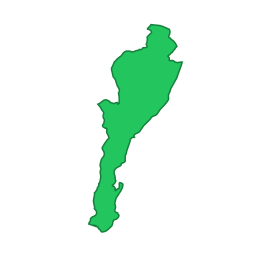 an SVG outline of Cesar, rotated 15°
{"feature_id": "COL-1414", "entity_name": "Cesar", "entity_type": "Department", "adm_level": 1, "iso_a3": "COL", "parent_name": "Colombia", "parent_adm1": "", "projection": "natural_earth1", "projection_center": [-73.578, 9.272], "detail": "fine", "context": "isolated", "style": "filled", "palette": "green", "viewbox_px": 256, "rotation_deg": 15, "n_neighbors": 0, "source": "natural_earth", "source_scale": "10m", "svg_char_len": 4782}
<svg xmlns="http://www.w3.org/2000/svg" viewBox="0 0 256 256"><g transform="rotate(15 128 128)"><path d="M163.3,50.3L163.2,51.3L163.3,52.6L162.1,67.3L159.1,79.1L159.1,81.8L158.6,84.4L158.6,85.8L159.0,87.5L159.5,88.7L159.7,90.0L159.3,91.7L157.4,96.0L154.3,101.7L152.8,106.2L152.2,107.5L151.3,108.6L149.0,110.3L148.1,111.2L147.0,114.1L142.4,122.0L140.4,127.8L139.7,129.1L138.7,130.2L136.5,131.9L135.8,133.2L135.8,134.7L136.6,135.3L137.4,135.2L134.8,135.9L134.3,136.2L133.2,138.5L133.4,141.0L132.7,150.3L132.9,153.0L132.9,153.5L132.5,155.4L133.3,158.7L133.8,160.3L133.8,161.0L133.5,161.7L132.7,162.6L131.2,163.6L130.9,164.0L130.7,164.5L130.9,165.1L130.9,165.6L130.7,166.1L130.1,166.8L128.0,168.7L127.2,169.6L126.8,170.2L126.4,170.9L126.1,171.7L125.9,172.6L125.9,173.4L125.9,174.0L126.5,175.6L128.1,178.4L129.2,181.4L129.6,181.6L130.0,182.5L129.3,185.3L127.9,187.2L127.8,187.6L128.0,188.0L128.3,188.0L129.3,188.1L129.7,188.2L130.1,188.5L130.4,188.9L131.3,189.6L131.5,191.1L131.7,191.5L132.1,191.8L132.4,191.5L132.9,190.5L133.2,190.0L135.0,188.4L134.6,185.9L134.5,185.6L134.1,184.8L133.9,183.7L133.9,183.4L134.2,182.9L134.7,182.8L135.5,182.9L136.8,183.1L137.5,183.6L137.8,184.0L138.0,187.0L137.2,191.2L136.3,193.5L135.8,195.5L135.2,196.9L134.8,198.2L134.6,199.7L134.8,205.0L135.6,205.5L136.5,207.8L136.5,208.3L136.6,208.9L136.5,210.6L136.7,211.5L137.5,212.4L140.0,212.7L140.8,214.0L141.3,214.3L141.5,214.3L141.7,214.5L141.9,214.8L141.9,215.4L141.9,216.2L141.6,217.2L140.9,218.3L140.4,219.0L139.7,219.6L138.6,220.1L138.2,220.5L137.9,221.3L137.7,222.5L137.9,224.9L137.8,226.3L137.6,226.9L137.3,227.5L136.0,229.5L135.5,230.5L134.9,231.3L134.3,232.2L133.4,233.1L132.3,234.0L130.5,234.9L129.8,235.2L129.2,235.1L128.6,234.8L127.5,233.7L127.1,233.5L126.5,233.3L126.0,233.1L125.5,232.7L124.9,231.8L124.4,231.4L123.8,231.2L121.7,230.7L121.4,230.7L122.3,231.4L115.0,230.9L115.0,229.0L115.3,228.6L115.6,227.8L115.6,227.2L115.5,226.5L115.3,225.6L115.4,224.9L115.7,224.3L116.6,223.1L116.9,222.8L117.7,222.3L119.3,220.7L119.7,219.5L119.7,218.3L119.3,217.2L119.1,216.9L119.0,216.6L118.6,216.2L118.4,216.0L117.9,215.5L117.8,215.3L117.5,215.2L117.1,215.2L116.8,215.1L116.6,214.8L116.3,214.4L116.3,213.2L113.8,208.3L113.4,206.9L113.3,206.0L113.0,202.7L113.1,202.0L112.9,201.4L112.7,200.2L112.4,199.6L112.4,199.2L112.5,198.9L113.1,198.3L113.2,198.1L113.3,197.4L113.8,196.0L113.9,195.3L114.0,193.5L113.9,193.3L114.1,192.7L114.6,191.9L114.8,191.4L114.6,190.7L114.2,190.1L114.1,189.4L114.6,188.5L114.8,187.4L114.4,182.7L114.0,181.1L112.7,178.4L112.4,176.9L112.4,174.6L112.2,173.8L111.2,172.3L110.8,171.6L110.5,170.3L110.4,165.9L110.6,164.5L111.7,162.0L112.0,160.6L111.7,158.7L111.0,157.4L109.0,155.3L108.1,153.9L109.6,148.4L110.2,147.2L110.8,145.2L112.2,142.6L110.8,140.3L109.0,138.4L108.3,136.9L108.0,135.6L107.9,134.3L107.6,133.9L107.2,133.9L106.8,134.0L106.3,134.1L104.0,133.5L103.3,133.1L103.0,132.7L102.8,132.2L102.8,131.9L102.8,131.6L102.8,131.3L103.1,130.9L103.3,130.6L103.4,130.3L103.4,130.0L103.4,129.5L103.3,128.9L103.2,126.5L103.0,126.0L102.6,125.6L102.1,125.2L101.6,124.7L100.9,123.3L100.6,119.5L99.6,118.4L98.4,117.7L95.9,115.0L92.7,112.8L94.4,111.4L97.2,107.7L98.2,107.0L99.1,106.6L100.4,106.4L100.8,106.5L101.3,106.6L101.9,106.8L102.8,106.9L103.3,107.0L104.1,107.7L104.6,108.0L106.7,108.0L107.1,108.0L107.8,108.1L108.3,107.8L110.7,106.2L111.1,106.1L111.4,106.3L111.7,106.7L111.8,107.0L112.1,107.5L113.1,106.2L111.2,99.7L109.7,96.6L110.1,95.5L110.1,95.0L109.8,93.2L107.3,90.5L106.7,90.0L103.4,84.8L102.4,83.8L101.5,83.2L100.8,82.7L100.2,81.9L98.7,79.1L96.8,75.5L96.7,74.7L96.7,73.8L96.9,73.0L97.3,70.9L97.7,67.7L98.7,66.2L99.3,64.7L99.9,63.9L100.8,62.5L102.6,60.3L103.1,59.3L103.7,57.6L104.2,56.4L105.3,55.1L106.1,54.4L106.8,54.0L108.9,53.5L109.6,53.3L110.2,53.3L110.6,53.3L111.1,53.5L111.7,53.6L113.9,52.8L116.0,51.0L116.8,50.8L117.7,50.4L118.5,49.3L119.1,49.0L119.8,49.0L120.6,48.8L121.0,48.4L121.4,47.3L121.6,46.7L122.0,46.5L123.7,46.0L125.0,45.3L125.4,44.6L125.4,44.0L124.9,43.4L124.4,43.1L124.0,42.7L123.9,42.2L124.1,41.1L124.1,40.1L123.8,37.6L123.5,36.6L122.9,35.4L124.5,32.1L125.2,31.3L126.0,29.9L125.8,29.1L125.2,28.3L124.3,27.8L123.4,27.5L122.4,27.4L121.6,27.5L121.1,27.2L121.5,26.2L123.3,22.9L123.4,22.2L132.3,20.8L136.0,21.0L137.3,21.3L138.9,21.4L141.0,21.9L141.9,21.8L142.7,22.4L143.4,23.5L143.7,24.6L143.9,26.4L143.9,27.2L143.6,28.1L143.5,28.8L144.0,29.8L145.6,30.3L147.2,31.4L148.9,31.9L151.3,33.5L153.5,35.7L154.1,36.7L153.4,37.8L153.1,38.6L152.6,40.2L151.8,41.3L151.2,43.6L150.4,44.2L149.2,46.6L148.6,47.0L148.2,47.6L147.9,48.4L149.0,48.9L149.7,49.7L150.0,50.7L150.3,51.9L150.9,52.2L151.8,51.9L152.8,51.4L153.9,51.2L154.8,51.4L155.8,51.9L156.6,52.1L157.7,52.1L158.7,52.0L159.7,51.7L161.9,50.6L163.3,50.3L163.3,50.3Z" fill="#22c55e" stroke="#15803d" stroke-width="1.5"/></g></svg>